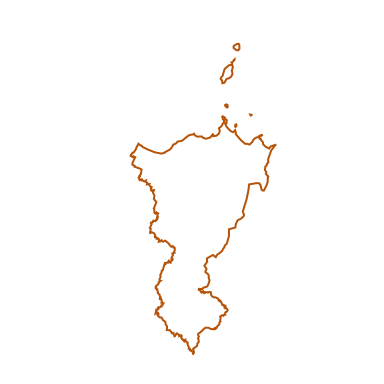 the district of Don Sak, Surat Thani, Thailand, rotated 17°
{"feature_id": "78962969B55330970869967", "entity_name": "Don Sak", "entity_type": "district", "adm_level": 2, "iso_a3": "THA", "parent_name": "Thailand", "parent_adm1": "Surat Thani", "projection": "robinson", "projection_center": [99.674, 9.232], "detail": "fine", "context": "isolated", "style": "outline", "palette": "amber", "viewbox_px": 384, "rotation_deg": 17, "n_neighbors": 0, "source": "geoboundaries", "source_scale": "gbopen_adm2", "svg_char_len": 6130}
<svg xmlns="http://www.w3.org/2000/svg" viewBox="0 0 384 384"><g transform="rotate(17 192 192)"><path d="M258.6,122.0L253.9,125.5L253.0,127.9L249.2,127.2L246.2,125.7L245.4,123.9L244.2,122.8L242.9,122.2L242.2,121.1L241.2,121.3L240.7,120.8L240.2,119.4L241.8,118.0L242.4,117.3L242.1,117.0L240.1,118.4L239.2,120.3L237.8,120.9L236.1,122.8L235.4,124.1L235.1,126.5L233.2,129.8L230.5,129.8L228.8,130.4L223.4,128.0L217.3,124.1L216.6,123.5L216.6,122.3L215.1,120.3L214.3,122.1L213.3,122.9L210.9,122.3L206.4,119.8L204.0,117.3L204.7,116.3L204.3,116.2L204.5,113.7L204.1,113.0L202.4,112.5L201.8,111.3L199.3,110.6L198.9,111.3L199.5,111.6L200.2,113.4L202.0,114.4L202.2,116.4L201.3,117.7L201.4,118.9L200.5,121.2L199.1,123.2L200.7,125.4L200.8,128.0L198.9,131.0L196.2,132.4L195.5,130.9L195.0,130.7L193.6,134.4L189.8,137.0L186.7,137.0L185.2,136.0L180.9,137.5L178.5,137.1L176.9,135.7L176.3,136.6L173.4,138.0L171.7,139.6L167.6,145.8L163.4,148.1L162.5,150.3L160.2,152.2L159.5,155.9L158.0,158.4L154.3,162.0L154.2,162.7L151.2,164.3L144.8,164.9L137.5,164.3L132.2,163.5L130.5,162.9L130.3,162.4L128.8,162.5L126.7,161.5L125.8,166.1L125.9,167.4L124.7,171.4L123.6,171.8L123.2,173.8L122.6,174.4L122.8,175.5L125.6,175.9L125.7,175.0L127.5,175.3L126.6,181.3L126.9,183.3L129.6,183.8L129.6,184.6L136.2,184.9L137.3,185.4L137.8,190.1L137.3,190.9L137.6,192.0L136.9,192.2L136.8,194.0L137.6,194.2L137.8,195.1L138.3,195.1L138.6,196.0L140.1,195.6L140.4,194.6L142.4,195.9L143.4,195.7L144.5,194.6L144.5,195.8L146.6,196.2L146.7,198.0L149.0,196.8L149.0,197.5L150.3,198.8L151.9,199.0L151.5,200.6L152.2,200.9L152.3,202.4L154.0,202.8L154.6,201.3L155.0,201.2L154.8,204.0L157.2,206.5L157.5,209.8L160.9,212.1L160.3,218.9L160.9,219.2L161.7,222.0L162.5,223.1L163.3,223.3L163.9,221.8L165.8,222.4L165.2,223.4L166.4,225.3L165.9,225.8L166.0,226.6L166.8,226.9L166.6,228.6L166.3,229.1L165.9,228.8L165.6,230.6L163.4,230.7L163.1,231.5L163.4,232.2L161.9,233.1L161.7,233.7L162.8,234.4L162.2,238.7L163.3,239.2L163.8,243.3L164.4,243.3L164.7,242.2L167.8,242.5L169.6,244.2L169.4,245.5L169.7,246.1L171.2,245.8L171.7,247.0L172.9,246.3L173.6,246.4L173.6,247.1L174.6,247.4L174.7,248.4L175.2,248.4L175.0,249.1L176.3,248.4L177.0,247.0L178.0,247.8L179.3,247.8L180.2,246.5L180.9,246.4L185.4,248.4L186.2,249.5L187.8,249.9L188.3,250.4L189.4,249.4L190.5,250.6L191.4,250.1L191.8,250.5L192.6,252.7L192.3,254.8L193.0,255.2L191.2,256.6L192.3,257.8L191.6,260.8L191.8,261.4L192.1,261.0L192.9,261.4L193.3,262.5L191.9,264.9L192.2,265.8L191.3,265.9L190.0,264.5L189.5,265.7L189.7,266.6L187.0,267.7L187.7,268.7L186.8,269.2L186.9,275.3L186.1,275.9L186.4,278.5L185.8,280.5L186.7,281.8L186.5,285.4L187.1,286.3L187.9,286.2L186.4,288.2L186.9,288.9L186.1,291.4L185.2,291.9L185.0,293.8L185.4,294.6L186.0,294.3L186.7,295.3L187.3,295.2L187.5,296.2L188.6,297.3L188.8,298.7L190.8,299.4L191.2,300.4L192.3,301.3L192.1,301.9L192.5,303.6L193.1,303.3L192.8,302.5L193.6,302.8L193.7,304.0L194.6,304.3L195.3,305.6L195.1,306.8L197.3,306.7L196.8,308.9L195.9,309.4L196.3,310.4L195.6,310.5L195.0,311.5L193.6,312.1L194.2,313.3L193.9,313.9L193.3,313.7L193.3,314.5L192.8,315.5L192.3,315.3L192.6,318.8L193.2,318.0L194.0,318.2L193.9,317.6L194.2,317.4L194.5,318.2L195.2,317.9L195.7,318.6L195.8,319.2L195.0,319.7L195.6,320.3L197.6,321.3L199.6,320.9L201.8,323.0L204.6,324.0L205.3,326.1L207.4,327.7L208.3,331.4L211.6,330.7L214.0,332.9L215.4,332.1L216.1,333.7L217.0,334.2L217.4,335.1L217.9,334.8L218.4,332.0L218.8,331.6L221.2,332.4L221.8,333.5L223.2,332.2L224.1,332.3L224.3,333.2L223.0,333.1L225.4,335.6L226.2,335.6L226.5,336.1L227.3,335.8L227.7,336.8L228.2,337.0L228.1,336.5L228.8,335.5L228.9,336.0L231.0,336.9L231.3,337.5L231.9,337.4L232.5,339.2L234.2,341.1L234.7,342.8L235.8,342.5L236.3,343.9L237.2,343.6L237.4,344.1L240.1,345.0L240.4,347.4L240.8,344.7L238.9,341.6L241.6,338.1L241.8,336.6L241.4,335.4L242.3,333.5L241.3,331.0L240.5,330.2L240.9,328.3L239.5,326.9L239.5,325.4L240.5,324.6L243.9,318.6L244.8,317.7L247.6,317.0L250.3,317.5L252.9,316.8L253.3,316.0L253.5,316.4L253.8,316.0L254.3,316.1L254.4,315.2L255.1,315.2L255.6,312.6L256.9,310.6L256.3,309.1L257.1,307.4L256.5,306.6L256.2,304.2L255.4,302.8L256.0,302.5L256.2,301.6L257.1,301.0L257.9,301.2L257.9,300.7L258.7,300.5L258.9,299.7L259.4,299.5L259.1,299.3L259.1,297.3L260.4,296.1L260.6,294.3L258.7,293.0L257.9,293.4L257.4,291.7L256.7,292.6L256.2,291.6L255.0,291.3L255.6,290.9L253.7,290.7L251.3,287.9L250.5,288.3L249.9,287.4L249.2,287.9L248.2,286.3L245.0,285.9L243.8,286.4L241.8,285.9L240.5,285.0L239.3,282.3L237.7,282.6L237.0,283.4L236.3,283.2L235.7,283.7L234.4,283.7L233.9,284.7L232.7,284.0L232.5,284.8L231.7,283.9L230.6,285.4L229.8,285.1L228.6,283.6L227.0,283.6L226.9,282.6L228.4,282.3L228.9,283.1L229.6,281.9L230.3,281.9L230.8,280.2L233.9,278.2L234.5,276.6L234.7,272.4L234.6,271.3L233.1,269.3L232.4,266.9L231.2,265.8L228.3,264.7L228.0,263.6L228.4,261.8L228.2,261.1L225.4,258.9L226.9,254.3L225.6,251.2L230.4,246.1L233.8,247.4L234.4,244.6L236.8,241.7L238.1,239.3L238.4,237.1L239.1,235.4L239.0,233.8L240.3,231.3L240.4,230.3L240.2,223.4L238.3,216.8L243.8,213.3L243.3,209.8L243.9,205.7L246.7,203.1L248.4,200.1L248.4,198.5L246.3,196.0L246.3,183.1L245.5,174.3L244.4,168.0L251.0,164.7L253.9,164.0L254.8,165.0L255.3,165.0L257.8,169.3L258.7,169.9L260.3,169.7L261.4,163.1L261.3,159.5L260.5,157.5L260.7,156.4L260.0,155.3L260.3,154.7L257.3,153.1L257.4,151.3L255.7,150.1L255.2,149.2L254.7,146.1L255.6,144.8L255.5,143.0L256.4,141.3L255.8,140.5L255.2,137.9L255.6,129.0L257.0,125.4L256.9,124.7L258.6,122.0ZM189.2,79.1L190.9,78.2L192.1,73.6L193.9,72.6L195.8,70.1L196.2,67.1L194.6,64.3L194.6,60.7L193.2,58.5L190.3,60.0L188.0,63.5L187.2,65.3L187.3,71.8L186.4,74.0L186.3,75.2L186.6,75.9L188.2,76.5L189.2,79.1ZM193.0,43.4L194.9,42.9L195.5,41.2L194.2,37.4L193.3,36.6L191.6,37.4L189.2,40.2L189.6,42.0L193.0,43.4ZM200.3,98.2L198.9,98.3L198.2,99.2L198.4,99.8L200.7,101.0L201.3,100.0L200.3,98.2ZM214.4,117.0L214.9,116.6L215.1,115.9L215.0,115.0L214.4,114.4L213.8,115.1L213.9,116.4L214.4,117.0ZM225.7,101.7L226.5,101.3L226.5,100.8L225.0,100.9L225.7,101.7ZM193.3,54.6L194.1,53.5L193.9,52.7L193.2,54.0L193.3,54.6ZM192.6,57.0L192.8,56.4L192.4,56.1L191.9,56.5L192.6,57.0Z" fill="none" stroke="#b45309" stroke-width="2"/></g></svg>